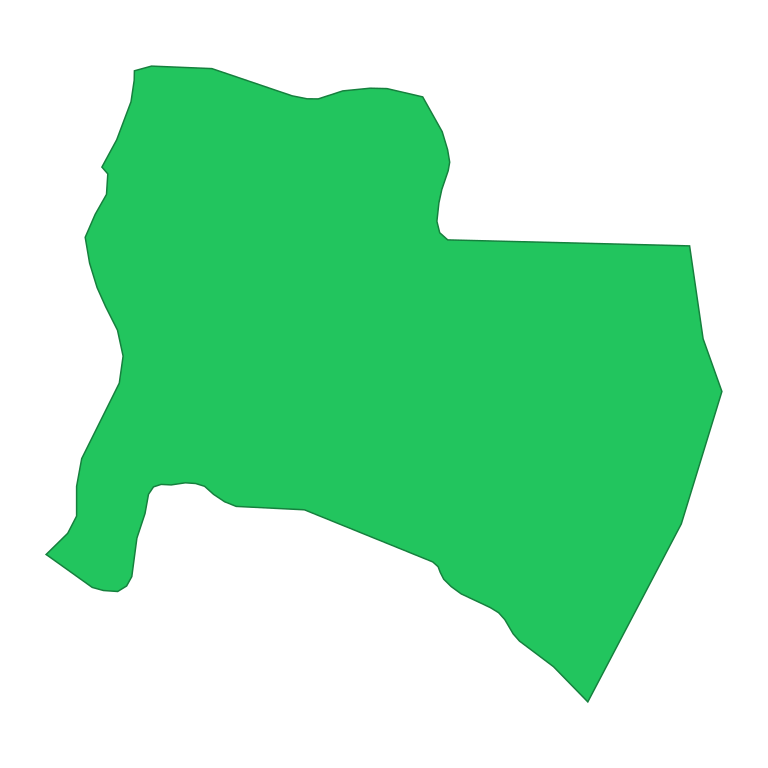 map outline of Karak (Robinson projection)
{"feature_id": "JOR-859", "entity_name": "Karak", "entity_type": "Province", "adm_level": 1, "iso_a3": "JOR", "parent_name": "Jordan", "parent_adm1": "", "projection": "robinson", "projection_center": [35.641, 31.103], "detail": "fine", "context": "isolated", "style": "filled", "palette": "green", "viewbox_px": 768, "rotation_deg": 0, "n_neighbors": 0, "source": "natural_earth", "source_scale": "10m", "svg_char_len": 1009}
<svg xmlns="http://www.w3.org/2000/svg" viewBox="0 0 768 768"><path d="M46.1,554.5L67.7,533.3L76.6,516.1L76.6,486.4L81.7,458.6L119.3,383.1L123.1,356.1L117.5,330.2L105.6,306.6L97.1,287.6L89.6,263.2L85.2,237.3L95.2,214.3L106.5,194.4L107.8,173.9L101.9,167.1L116.7,139.8L131.0,101.8L134.2,80.3L134.4,70.8L151.5,66.1L211.9,68.6L292.0,95.8L307.1,98.8L318.2,98.9L342.8,90.9L370.1,88.2L387.0,88.6L422.7,96.9L442.2,131.7L447.6,149.7L449.7,162.2L448.2,170.7L441.8,189.5L438.9,202.9L436.9,221.3L439.7,232.7L447.7,239.9L689.6,245.9L703.1,338.8L721.9,391.5L681.3,523.9L587.8,701.9L553.5,666.7L519.5,641.1L513.2,633.9L504.8,619.6L498.6,612.7L490.3,607.6L461.2,593.9L451.2,586.6L443.7,579.2L440.3,572.5L438.1,566.7L432.7,561.9L304.4,509.8L236.2,506.4L224.7,501.8L213.6,494.4L204.6,486.3L195.6,483.5L185.4,482.8L171.2,484.9L161.1,484.4L153.5,486.9L148.5,494.3L145.0,513.6L136.9,538.1L131.8,576.6L126.6,586.0L117.7,591.5L103.4,590.5L92.2,587.4L52.2,558.8L46.1,554.5Z" fill="#22c55e" stroke="#15803d" stroke-width="1.5"/></svg>